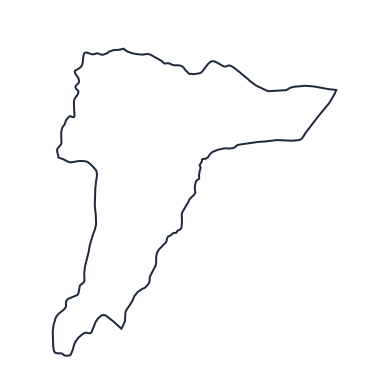 outline of Génova, Quezaltenango, Guatemala, rotated 174°
{"feature_id": "79465075B90055848837962", "entity_name": "Génova", "entity_type": "district", "adm_level": 2, "iso_a3": "GTM", "parent_name": "Guatemala", "parent_adm1": "Quezaltenango", "projection": "orthographic", "projection_center": [-91.832, 14.588], "detail": "fine", "context": "isolated", "style": "outline", "palette": "slate", "viewbox_px": 384, "rotation_deg": 174, "n_neighbors": 0, "source": "geoboundaries", "source_scale": "gbopen_adm2", "svg_char_len": 5166}
<svg xmlns="http://www.w3.org/2000/svg" viewBox="0 0 384 384"><g transform="rotate(174 192 192)"><path d="M37.9,278.4L45.3,280.0L59.7,284.2L68.2,285.8L79.8,286.0L82.9,285.5L85.4,284.5L86.9,283.8L88.1,283.5L104.5,284.2L105.7,284.3L106.4,284.6L116.8,290.9L122.5,296.0L124.6,298.5L135.5,309.6L139.2,312.7L140.5,313.5L142.1,314.1L144.0,313.6L145.4,313.2L147.3,313.6L153.6,318.1L156.3,319.6L158.0,320.0L159.7,319.7L162.6,317.7L169.3,310.7L170.9,309.6L172.1,309.3L178.1,309.0L180.2,309.6L182.2,309.7L183.1,310.6L183.9,311.6L185.5,313.5L186.5,315.0L186.8,315.8L187.4,316.6L188.4,317.7L189.8,318.6L190.6,319.0L192.1,319.4L192.9,319.5L194.2,319.6L195.3,319.7L196.4,319.9L197.2,320.1L198.1,320.4L199.5,321.3L200.2,321.7L201.1,322.2L202.2,322.5L203.0,322.6L204.0,322.7L205.3,322.6L206.4,322.8L207.4,324.1L208.0,324.9L208.7,325.6L209.5,326.2L210.2,326.8L215.4,330.3L216.3,331.0L217.7,332.1L218.4,332.5L219.1,332.9L219.8,333.3L221.2,333.8L223.2,333.9L227.3,333.8L229.6,334.3L232.7,335.0L236.6,336.1L241.3,338.3L242.7,339.4L245.0,341.6L246.5,341.6L248.3,341.1L249.2,341.1L250.0,341.1L251.0,341.1L251.9,341.1L252.8,341.2L253.9,341.3L255.1,341.3L256.5,341.0L258.0,340.6L259.1,340.5L260.5,339.8L261.7,338.8L262.5,338.9L263.7,338.4L264.5,338.2L265.7,337.9L266.6,337.9L267.4,338.0L268.2,338.2L269.3,338.8L270.6,339.5L272.0,339.9L273.3,339.6L275.0,339.3L276.1,339.3L276.9,339.4L277.7,339.6L278.7,340.2L279.8,340.6L280.9,341.2L281.9,341.6L283.4,341.8L284.1,341.5L284.9,340.8L285.3,340.1L285.6,339.1L286.0,337.5L286.5,335.8L286.8,333.9L287.1,332.5L287.3,331.6L287.8,330.2L288.2,329.5L288.7,328.8L289.6,327.9L290.8,327.1L292.8,326.1L294.2,325.4L295.8,324.8L296.0,323.9L295.9,322.5L295.4,321.3L294.2,319.1L293.6,318.1L293.0,317.0L292.8,313.9L293.1,312.7L293.6,312.0L294.4,311.5L295.1,311.0L295.8,310.4L296.6,309.7L296.9,308.6L296.9,307.8L296.5,306.8L296.0,306.1L295.4,305.5L294.6,304.5L294.5,303.7L294.6,302.7L295.1,301.7L295.7,300.7L297.1,299.1L297.7,298.4L298.4,297.7L299.2,296.6L299.7,295.4L299.9,294.7L300.0,293.9L300.2,291.8L300.4,289.5L300.8,282.2L301.0,279.5L302.1,278.8L302.9,279.0L303.9,279.5L305.0,280.1L306.5,279.8L307.6,278.7L308.8,277.6L309.6,276.8L310.2,276.0L310.5,274.8L311.1,273.5L312.0,272.1L313.2,270.9L313.9,270.0L314.4,269.3L314.8,268.5L315.1,267.5L315.6,265.8L315.8,264.7L316.0,263.7L316.1,262.1L316.3,260.4L316.5,256.4L316.6,255.6L316.7,254.8L316.8,254.0L317.2,253.2L318.5,251.9L319.6,250.8L320.6,249.8L321.2,249.2L321.6,248.5L321.8,247.6L321.8,246.2L321.6,244.7L321.3,241.8L321.3,240.4L316.4,237.9L312.6,235.4L310.7,234.5L308.9,234.1L302.1,234.6L299.3,234.5L296.4,234.0L294.0,233.4L292.8,232.8L291.6,231.8L289.5,229.5L287.4,226.9L285.2,223.7L284.7,221.6L284.7,219.3L285.0,217.3L286.1,213.4L287.8,205.5L290.1,188.7L290.1,179.2L290.7,170.2L292.4,165.0L294.9,160.1L295.9,157.8L297.6,153.6L299.4,149.2L301.2,142.7L306.2,129.2L307.7,122.1L308.2,115.1L308.7,114.1L309.8,113.0L311.1,112.0L312.5,111.4L313.3,110.6L315.5,103.2L316.0,102.2L316.8,101.5L326.1,98.8L327.8,97.6L328.6,96.5L328.9,95.3L329.0,93.9L329.2,91.9L329.6,90.6L330.9,89.2L332.3,88.1L335.4,86.1L337.4,84.8L339.5,82.8L340.9,80.8L342.1,77.8L343.4,74.9L345.1,67.9L346.1,53.2L346.1,50.2L345.8,48.0L345.2,46.9L344.1,46.1L341.6,45.4L339.2,45.3L337.9,44.7L336.9,43.8L336.3,43.1L335.2,42.5L333.1,42.2L331.6,42.2L330.2,42.4L329.3,43.5L328.5,45.0L327.6,46.6L326.7,48.3L326.1,50.2L325.0,52.9L323.8,55.0L322.0,57.1L319.9,59.2L317.9,60.6L315.8,62.0L313.9,62.8L313.0,63.2L311.8,63.2L309.8,62.5L308.0,62.2L306.8,62.7L301.5,72.7L298.8,76.0L295.0,78.7L292.4,79.0L290.5,78.0L282.9,70.7L281.4,68.9L276.5,63.4L274.3,66.8L272.4,70.1L272.0,72.0L271.4,75.1L270.9,78.6L270.5,80.0L269.5,81.7L268.2,83.1L264.9,87.0L263.5,89.0L262.2,90.8L261.2,92.7L260.3,94.3L256.6,98.1L251.6,100.9L250.3,101.2L248.7,101.8L246.2,103.8L244.3,105.9L243.8,107.0L243.4,108.3L243.1,110.3L243.0,111.7L239.3,117.5L236.2,122.0L235.1,124.9L234.9,126.5L234.6,129.9L234.3,131.6L233.7,133.5L233.1,134.9L232.4,136.3L231.6,137.4L230.6,138.5L225.9,142.4L223.9,144.0L223.1,144.8L222.5,145.7L222.1,147.0L221.6,148.3L221.3,149.2L220.4,150.2L219.3,150.6L218.1,150.9L215.4,152.9L214.3,153.2L213.4,153.1L212.3,153.0L211.4,153.7L211.1,154.4L210.5,154.9L209.4,155.3L208.2,155.7L207.1,156.5L206.4,157.4L206.0,158.5L205.7,160.0L205.1,163.4L204.8,167.5L204.5,171.0L204.3,171.8L203.7,172.9L201.9,175.5L199.9,178.2L198.3,180.5L197.2,181.5L196.1,183.6L195.3,184.9L194.6,185.5L194.0,186.1L193.3,186.6L191.7,187.9L190.8,188.5L190.2,189.1L189.4,190.1L188.7,191.3L188.7,192.2L188.8,193.4L188.9,194.4L188.7,196.5L188.6,197.5L188.3,198.4L187.7,199.9L187.5,200.7L186.9,202.1L186.1,203.0L185.0,203.6L183.9,204.1L183.4,204.8L183.3,206.1L183.4,207.3L183.3,208.2L182.9,209.3L182.6,210.3L182.3,211.8L181.2,214.3L180.8,215.7L181.4,216.8L181.7,217.8L180.7,219.0L179.0,221.3L178.7,223.1L178.1,223.6L176.6,223.7L174.7,223.7L172.7,224.7L171.3,226.5L169.4,228.3L167.3,229.7L165.3,230.3L162.2,231.2L158.7,231.7L155.2,232.0L152.8,231.8L150.5,231.3L147.3,231.4L144.8,231.8L143.2,233.2L141.3,234.1L121.1,234.9L112.8,234.6L102.2,234.8L87.5,232.6L80.8,232.4L78.1,233.0L76.1,234.7L73.1,238.7L58.4,254.2L54.6,258.0L46.4,265.9L39.8,274.8L37.9,278.4Z" fill="none" stroke="#1e293b" stroke-width="2"/></g></svg>